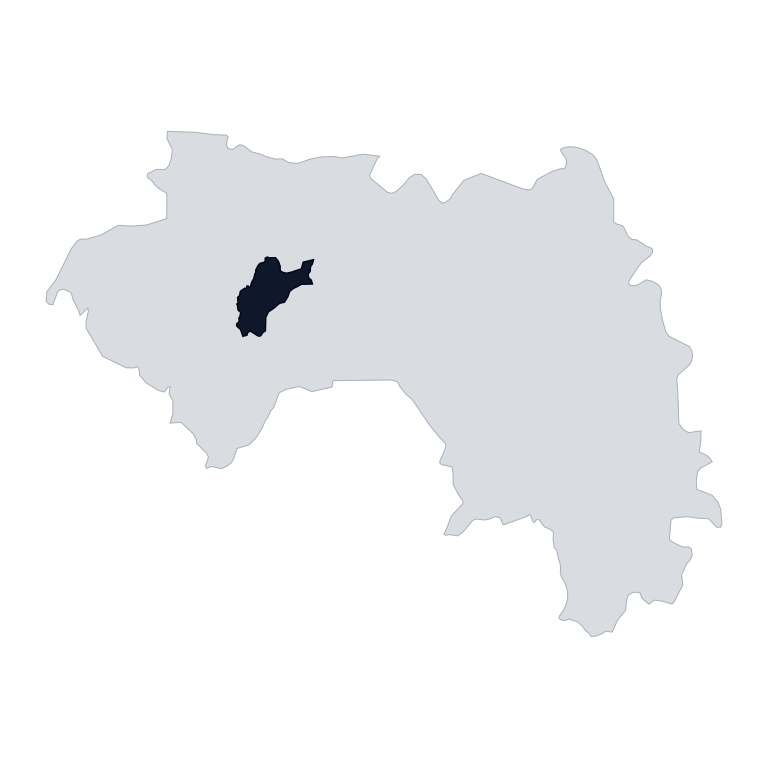 Pita on a map of Guinea (orthographic projection)
{"feature_id": "GIN-5656", "entity_name": "Pita", "entity_type": "Prefecture", "adm_level": 1, "iso_a3": "GIN", "parent_name": "Guinea", "parent_adm1": "", "projection": "orthographic", "projection_center": [-12.737, 10.896], "detail": "fine", "context": "in_parent", "style": "filled", "palette": "ink", "viewbox_px": 768, "rotation_deg": 0, "n_neighbors": 0, "source": "natural_earth", "source_scale": "10m", "svg_char_len": 5730}
<svg xmlns="http://www.w3.org/2000/svg" viewBox="0 0 768 768"><path d="M483.0,519.9L476.0,519.0L472.8,520.4L463.5,531.5L457.9,535.9L449.2,534.6L446.0,535.4L443.7,534.2L446.9,528.1L451.3,516.0L462.7,503.8L463.0,501.3L458.2,494.2L453.2,484.6L453.1,474.3L452.1,466.8L442.0,464.8L440.1,463.6L439.8,461.0L445.5,448.1L445.9,445.5L445.2,443.2L438.9,436.6L429.1,424.5L412.2,399.5L405.9,394.2L399.9,386.6L397.6,381.8L391.4,380.0L333.0,380.6L332.0,387.1L311.9,391.6L299.5,386.5L285.7,389.5L279.0,392.9L273.8,407.5L270.9,410.6L267.9,417.2L265.2,420.8L262.2,428.0L255.7,438.3L248.8,444.9L237.0,448.5L233.4,459.4L230.7,463.4L226.2,466.5L221.3,468.6L211.7,466.5L206.4,468.4L205.5,465.7L208.5,457.1L206.1,452.7L196.9,443.7L196.1,439.4L193.3,433.9L181.2,422.4L169.9,423.1L173.0,413.5L172.9,400.7L169.1,393.7L170.1,386.6L168.0,387.1L164.3,392.0L158.2,390.4L145.9,382.7L139.8,375.4L139.0,369.1L137.7,366.7L133.9,367.9L126.2,367.8L102.8,356.5L86.2,328.4L85.9,322.1L88.4,311.2L87.8,308.2L80.1,315.4L78.7,310.6L72.9,299.3L71.3,292.8L65.7,289.9L61.2,289.3L57.7,291.5L53.0,304.6L49.6,304.5L46.1,301.6L46.9,291.8L56.0,279.6L71.3,248.7L76.7,241.6L80.1,239.2L87.2,239.0L101.1,234.9L118.2,225.3L131.2,226.1L146.6,225.0L166.7,218.5L167.0,197.6L166.4,193.0L159.2,188.8L155.1,185.2L151.6,180.6L147.2,177.3L147.4,173.8L156.3,169.4L164.5,169.5L167.2,167.8L169.2,164.9L171.5,157.4L172.4,149.4L167.0,138.8L167.4,131.3L196.7,132.4L212.8,134.6L226.0,135.1L228.1,136.9L226.3,144.2L228.0,148.5L232.4,149.6L239.8,144.6L243.7,145.7L251.9,152.0L259.6,153.8L268.0,157.2L275.8,159.1L282.8,158.9L288.1,162.4L297.9,163.5L310.5,159.0L320.5,157.0L334.5,156.5L341.8,157.9L363.0,154.2L379.8,156.2L377.2,158.7L369.6,175.4L370.5,178.3L387.6,192.3L391.7,193.4L396.3,191.4L403.6,184.8L409.3,177.8L414.8,174.3L421.3,174.5L426.5,179.4L438.8,200.2L441.9,202.9L444.8,202.8L450.1,198.9L452.7,194.3L463.8,180.4L481.1,173.4L522.5,188.8L528.6,189.9L532.2,188.7L537.2,179.3L552.6,171.2L560.0,168.9L564.3,168.6L565.9,166.0L566.6,162.2L565.7,158.3L560.9,151.3L560.7,149.2L563.4,147.8L569.3,146.7L576.9,147.3L585.6,150.3L592.7,154.6L596.8,159.8L604.8,181.8L613.7,199.0L613.7,222.1L617.6,224.4L621.8,225.4L623.8,227.2L628.2,236.7L632.2,239.4L637.0,240.0L646.0,246.0L651.7,248.3L652.6,250.1L652.4,252.7L650.2,255.9L641.7,262.4L637.5,268.0L628.9,281.2L628.7,283.7L630.5,285.4L634.2,285.7L638.1,284.7L646.1,279.8L652.5,281.4L658.7,285.0L661.0,288.8L661.6,293.8L660.3,300.2L660.2,307.4L662.4,319.7L665.8,331.8L669.0,336.3L689.6,346.7L691.7,350.8L692.8,355.3L691.4,361.5L689.3,365.0L678.2,374.8L676.6,379.4L677.6,387.9L678.9,423.7L683.4,429.7L688.7,432.7L701.0,430.8L700.8,440.8L699.3,452.0L706.5,455.3L710.2,458.6L712.2,461.8L701.0,467.9L697.7,471.4L696.3,480.8L696.8,489.4L712.1,495.3L718.1,502.4L720.8,509.8L721.9,523.9L720.6,527.2L716.7,527.3L708.8,518.8L696.9,518.1L688.1,516.6L673.4,517.9L670.9,520.5L669.4,539.3L673.0,542.4L680.1,545.9L684.7,547.3L688.5,546.8L691.5,549.1L692.2,555.2L690.2,559.8L686.4,564.1L681.6,575.0L682.8,584.9L674.7,600.9L672.3,604.0L661.3,601.0L654.1,600.1L648.9,604.2L641.7,598.1L640.3,593.3L637.7,592.3L632.9,592.3L628.4,595.1L626.5,600.1L625.6,610.3L617.6,620.1L612.1,632.1L605.5,631.1L604.1,632.6L597.1,635.8L591.1,636.7L589.5,633.5L586.0,631.0L582.0,625.9L577.6,621.9L569.1,619.1L565.7,620.4L561.7,620.1L559.1,618.5L559.4,616.1L563.8,609.8L566.3,604.0L567.7,597.7L567.6,591.7L565.2,583.3L561.3,576.7L560.3,572.8L560.7,567.3L559.8,562.1L558.6,559.5L556.7,549.7L554.4,548.0L553.1,540.2L553.4,532.2L550.1,529.2L544.9,527.1L541.9,524.0L540.0,520.5L538.1,519.5L536.5,519.7L535.1,521.9L533.4,522.4L530.3,514.9L529.0,514.7L527.0,516.4L503.2,524.9L500.1,517.9L495.5,516.6L487.6,519.6L483.0,519.9Z" fill="#d9dde1" stroke="#a8b0b8" stroke-width="1"/><path d="M301.4,268.8L303.2,262.2L313.5,259.7L312.4,263.9L310.5,266.7L310.2,271.2L308.0,274.5L308.9,278.2L311.3,280.1L312.4,284.0L301.2,284.3L297.9,286.3L293.8,288.2L289.7,291.3L288.0,296.3L284.5,302.2L279.5,303.3L274.3,307.8L268.3,312.0L265.8,317.3L265.4,330.9L263.5,332.1L262.3,333.2L261.3,335.1L260.5,335.8L259.5,336.2L257.6,335.7L255.7,334.5L255.1,334.0L254.3,333.5L252.8,332.7L251.3,331.6L250.5,331.3L249.3,331.6L248.2,331.7L246.9,335.2L242.9,336.3L240.6,329.6L237.5,326.8L237.3,326.4L237.0,326.1L236.7,325.7L236.6,325.2L236.7,324.1L236.9,323.6L237.4,323.3L237.9,322.8L238.5,322.1L239.5,319.9L239.6,319.4L239.3,319.1L238.9,319.0L238.8,318.7L238.9,318.2L239.3,317.5L239.7,316.9L240.0,316.1L240.6,312.7L240.5,312.2L240.3,311.8L240.0,311.5L239.6,311.3L239.2,311.0L238.5,310.5L238.2,310.1L238.0,309.7L237.9,308.6L237.7,307.6L237.6,307.0L237.7,306.0L237.6,305.5L237.4,305.1L237.1,304.8L236.9,304.4L237.0,304.0L237.2,303.5L237.9,302.9L238.2,302.4L238.1,301.8L237.8,300.7L237.7,300.2L237.8,298.8L237.7,298.3L237.6,297.8L237.8,297.2L238.6,296.6L239.7,295.3L240.0,293.1L240.2,292.3L240.2,291.8L240.5,291.3L241.0,290.8L244.3,288.5L244.8,288.3L245.3,288.4L245.8,288.4L246.3,288.2L246.6,287.9L246.8,287.3L246.9,287.1L246.8,286.9L246.8,286.7L246.8,286.4L247.0,286.0L247.5,285.9L248.0,286.0L248.4,286.3L249.2,287.0L249.3,287.1L249.5,287.2L249.8,287.3L250.2,287.2L250.4,287.1L250.5,287.0L251.2,283.9L251.8,282.0L253.5,279.1L253.8,278.0L254.1,277.2L254.2,276.7L254.4,276.3L254.5,275.8L254.7,274.7L254.8,274.3L255.2,273.5L255.6,272.6L255.7,272.0L255.8,270.3L255.9,269.8L256.1,269.3L258.3,265.2L259.3,264.1L259.9,263.5L261.2,263.0L263.7,262.4L264.2,262.1L264.7,261.7L265.1,260.9L265.4,260.4L265.4,259.8L265.1,258.9L265.2,258.4L265.5,257.9L267.2,257.1L269.5,257.9L275.4,257.7L276.7,259.2L278.3,261.2L279.2,263.4L280.1,266.2L280.2,267.0L280.2,267.6L280.1,268.9L280.2,269.9L280.4,270.5L280.7,271.0L281.1,271.3L281.9,271.9L282.6,272.2L284.7,272.9L286.7,273.2L291.3,272.2L301.4,268.8Z" fill="#0f172a" stroke="#020617" stroke-width="1.5"/></svg>